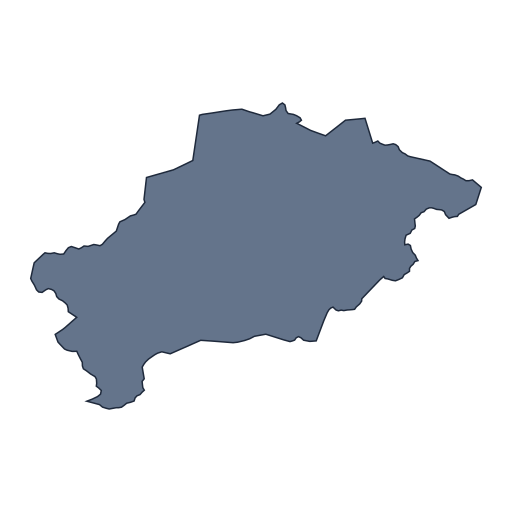 outline of Jacobina do Piauí, Piauí, Brazil
{"feature_id": "56859067B3034327290943", "entity_name": "Jacobina do Piauí", "entity_type": "district", "adm_level": 2, "iso_a3": "BRA", "parent_name": "Brazil", "parent_adm1": "Piauí", "projection": "mercator", "projection_center": [-41.254, -7.912], "detail": "fine", "context": "isolated", "style": "filled", "palette": "slate", "viewbox_px": 512, "rotation_deg": 0, "n_neighbors": 0, "source": "geoboundaries", "source_scale": "gbopen_adm2", "svg_char_len": 3150}
<svg xmlns="http://www.w3.org/2000/svg" viewBox="0 0 512 512"><path d="M365.0,118.3L360.5,118.8L345.5,120.2L325.6,135.8L317.7,133.0L310.6,130.4L296.7,123.3L299.5,121.8L301.4,120.2L300.1,117.8L296.6,115.7L293.4,114.4L288.1,113.5L286.0,110.5L285.6,107.8L284.9,104.9L282.4,103.0L279.3,104.8L275.9,109.3L270.0,114.1L263.0,115.8L252.8,112.7L249.5,111.8L241.9,109.2L232.5,110.0L227.0,110.7L224.2,111.1L212.1,113.0L202.3,114.4L199.5,115.2L192.8,160.5L173.5,169.8L146.5,177.5L144.0,199.4L144.9,202.4L138.9,210.2L136.0,214.2L133.7,215.0L130.4,215.9L124.9,219.6L119.9,221.8L118.6,224.2L116.3,231.1L107.6,238.3L105.4,240.7L102.4,244.3L100.0,245.7L96.7,245.0L93.8,244.5L88.1,246.4L84.0,246.0L81.5,247.7L78.8,249.0L74.7,247.6L71.3,246.5L68.4,247.7L66.0,250.6L63.7,254.0L60.0,254.3L57.2,253.7L54.3,252.8L50.7,253.5L47.8,253.4L45.0,252.8L43.1,254.4L34.2,262.8L33.2,267.1L30.7,278.5L32.0,281.3L34.2,284.8L35.4,287.3L36.5,289.8L38.7,292.0L42.1,292.4L45.8,289.8L48.3,288.6L51.5,289.4L54.0,290.8L55.8,293.5L56.7,296.6L58.9,299.0L62.6,300.8L65.4,303.1L67.2,305.0L68.1,308.3L68.3,311.7L76.7,317.3L64.9,327.7L62.6,329.5L55.2,334.4L58.0,342.1L60.1,344.4L62.3,346.7L64.5,349.0L67.1,350.2L72.2,351.4L76.8,351.3L78.1,354.2L80.1,358.2L82.3,362.3L82.4,365.9L83.4,368.8L86.2,370.6L90.6,374.0L95.0,376.6L96.4,379.0L96.7,383.4L96.3,386.2L98.5,387.8L101.3,390.5L100.5,394.2L97.5,396.6L92.3,399.1L86.8,401.2L99.5,404.6L102.5,407.1L106.3,408.3L109.2,409.0L116.2,407.7L118.7,407.7L121.5,407.2L124.0,405.4L126.7,403.2L130.5,402.3L134.1,401.0L135.1,397.9L137.0,395.8L140.0,394.6L142.2,392.1L144.3,390.2L142.8,387.6L142.5,385.1L142.1,381.4L144.2,378.8L142.2,367.1L143.9,364.2L145.6,361.9L148.5,359.1L151.9,356.7L154.8,354.7L157.5,353.2L161.8,351.8L170.2,353.8L200.7,340.3L212.7,341.1L233.1,342.7L237.6,342.2L244.6,340.5L249.6,338.8L254.4,336.3L265.8,334.2L283.8,339.9L290.0,341.6L292.5,340.9L294.6,340.1L296.2,337.8L298.5,336.6L301.0,337.8L303.6,340.2L309.8,341.4L316.2,340.9L323.8,320.7L327.2,312.7L328.9,309.8L330.7,308.1L333.0,307.1L336.0,310.0L338.4,310.8L341.2,310.1L343.8,310.6L347.1,310.0L350.1,309.8L352.4,309.6L354.6,309.3L356.3,306.9L359.7,303.9L361.6,301.2L361.8,298.7L379.9,279.8L383.7,276.5L385.1,278.5L387.7,278.9L392.3,280.3L395.5,280.8L398.8,279.5L402.4,277.8L404.2,274.6L407.0,273.0L409.5,271.3L409.5,268.4L410.8,266.3L413.2,264.2L414.8,261.5L418.0,260.6L416.4,258.0L415.3,255.2L412.7,252.5L411.1,249.0L410.4,245.5L408.1,244.1L404.8,244.8L404.6,242.0L405.0,238.9L406.1,235.2L410.2,233.3L411.9,230.0L414.7,228.5L415.3,226.0L415.0,223.7L414.5,218.9L416.9,217.3L419.2,215.4L421.2,212.7L424.0,211.7L426.3,209.1L429.4,207.8L431.7,207.8L433.9,208.4L436.6,209.4L439.0,209.6L441.6,209.9L444.3,211.5L445.6,214.7L449.0,218.3L452.2,217.2L454.7,216.6L457.4,216.4L458.7,214.3L475.8,204.5L481.3,187.4L472.5,179.9L468.9,180.7L465.9,180.7L463.4,179.1L460.9,177.9L458.2,176.1L454.9,174.9L452.1,174.5L449.8,174.0L430.0,161.1L410.3,156.7L407.7,155.9L405.1,153.9L402.3,152.6L399.4,149.8L398.1,146.6L395.7,144.6L393.2,143.8L390.1,144.5L387.4,145.0L385.0,145.2L382.4,144.2L379.8,143.1L377.8,141.0L375.1,142.3L372.7,143.2L365.0,118.3Z" fill="#64748b" stroke="#1e293b" stroke-width="1.5"/></svg>